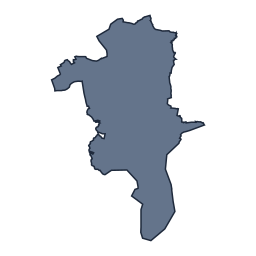 Rindal nor, Møre og Romsdal, Norway (Mercator projection)
{"feature_id": "86288312B78124054872734", "entity_name": "Rindal nor", "entity_type": "district", "adm_level": 2, "iso_a3": "NOR", "parent_name": "Norway", "parent_adm1": "Møre og Romsdal", "projection": "mercator", "projection_center": [9.312, 63.003], "detail": "fine", "context": "isolated", "style": "filled", "palette": "slate", "viewbox_px": 256, "rotation_deg": 0, "n_neighbors": 0, "source": "geoboundaries", "source_scale": "gbopen_adm2", "svg_char_len": 5449}
<svg xmlns="http://www.w3.org/2000/svg" viewBox="0 0 256 256"><path d="M150.0,15.4L144.9,16.9L144.5,16.9L142.6,18.2L142.3,19.0L142.2,19.1L141.1,19.4L140.7,19.8L140.2,19.9L139.3,20.5L138.6,20.7L138.1,21.0L137.6,21.0L137.4,21.6L137.5,21.8L137.2,22.1L135.6,23.1L135.5,23.3L135.5,23.6L135.3,23.8L133.9,24.3L131.9,23.5L128.7,22.7L128.2,22.8L123.1,21.8L123.3,20.1L122.2,18.4L117.5,19.2L110.7,24.2L109.0,29.2L96.8,36.4L99.1,40.9L106.5,50.1L107.1,53.8L107.0,56.5L101.3,58.7L101.2,58.4L98.2,60.5L97.3,60.7L96.6,61.1L92.4,60.6L86.5,58.3L85.7,56.7L84.7,56.6L79.1,56.6L77.6,56.5L76.2,56.2L74.8,56.8L76.0,59.2L74.2,59.8L73.5,59.7L73.6,60.1L73.3,60.7L73.4,60.9L73.4,61.2L73.4,61.9L74.4,62.5L74.6,62.8L71.4,64.4L70.7,63.4L70.2,62.9L69.5,61.6L68.1,60.7L67.3,59.7L65.2,60.3L64.5,61.0L64.3,62.0L63.8,62.6L60.4,64.7L60.9,65.6L61.2,66.0L57.8,67.5L60.4,74.0L59.9,74.7L58.6,75.5L57.6,75.9L54.7,78.3L51.6,79.8L54.7,88.5L54.9,90.9L56.9,90.6L61.4,90.6L62.7,90.3L64.9,90.1L67.3,88.9L69.3,87.2L69.8,85.6L69.9,84.9L71.2,83.6L72.9,82.5L74.5,81.7L78.1,81.2L81.6,81.4L82.1,81.2L84.0,93.2L84.9,97.2L85.4,99.0L86.0,102.3L87.0,105.7L87.1,106.3L88.5,106.2L88.6,106.8L89.1,107.4L89.5,108.4L88.4,108.7L88.1,109.0L87.4,110.3L87.1,111.1L86.9,112.0L86.9,112.4L87.3,113.5L87.2,114.3L88.0,114.7L88.6,114.6L88.8,114.8L88.9,115.0L89.1,115.1L91.6,117.0L92.8,118.7L93.8,120.5L93.8,120.9L94.0,121.1L97.8,120.3L99.8,120.9L99.6,121.7L99.5,121.9L97.9,121.2L95.4,121.8L95.8,122.3L97.5,122.0L97.9,122.1L98.3,122.3L99.0,122.1L99.3,122.3L99.3,122.6L99.9,123.0L99.4,123.2L99.1,123.5L99.1,124.3L98.7,124.5L98.9,125.0L98.5,125.4L98.6,125.7L98.5,126.0L98.2,126.2L98.2,126.3L97.9,126.8L96.7,127.1L96.2,127.5L95.8,128.5L95.8,128.8L96.0,129.6L96.5,130.3L97.6,131.4L97.9,131.9L97.8,132.3L99.2,132.4L102.5,133.8L105.1,133.8L104.1,138.6L102.5,138.3L101.9,138.1L101.9,137.9L101.8,137.7L101.1,137.0L101.0,136.7L100.8,136.4L100.4,136.1L99.9,136.0L99.1,135.3L98.8,134.5L98.4,134.0L98.1,133.8L97.9,134.1L97.3,134.7L96.9,135.5L96.5,136.0L96.0,136.3L95.6,137.1L95.1,137.7L93.7,138.1L93.5,138.5L93.5,138.9L93.5,139.5L93.4,139.8L93.5,140.0L93.3,140.2L92.5,140.6L92.0,141.1L91.5,141.4L90.5,141.7L90.4,142.2L90.2,142.6L90.4,143.5L90.0,143.7L90.0,144.0L89.9,144.3L89.3,144.7L88.7,145.5L88.7,145.8L89.5,146.8L89.6,147.0L89.6,147.5L89.9,148.0L89.9,148.4L89.4,148.9L89.0,149.7L89.0,150.6L89.3,151.2L92.8,152.3L93.7,152.8L92.8,154.1L91.3,153.2L89.6,152.6L89.7,152.9L90.2,153.5L90.4,153.9L90.4,154.2L90.0,154.5L90.0,154.8L90.4,155.4L91.0,155.8L91.2,156.5L91.9,157.9L92.2,158.7L92.1,159.0L91.6,159.1L91.3,159.5L91.2,159.7L91.3,160.1L91.0,160.6L91.1,161.5L91.3,162.0L91.4,162.5L91.6,163.3L91.6,163.8L91.6,164.3L91.5,164.8L91.6,165.0L92.2,165.6L92.7,165.7L94.2,166.5L94.4,167.1L94.3,167.4L94.5,167.6L94.5,168.2L94.8,168.7L94.9,169.0L95.7,169.3L97.9,169.3L98.1,169.4L99.1,170.4L99.6,170.5L100.0,170.3L101.3,172.2L102.7,173.9L104.3,174.6L105.1,174.6L111.4,170.3L126.9,170.0L137.0,181.0L138.1,187.1L138.0,188.4L135.0,189.4L131.6,196.0L142.7,204.2L141.0,209.6L141.0,227.1L140.8,232.4L142.6,238.2L150.9,240.6L164.8,228.9L174.9,211.5L173.1,201.3L171.6,189.1L171.8,189.0L171.4,186.7L171.1,184.6L165.4,169.2L166.8,154.7L178.9,143.3L179.3,141.7L180.1,140.7L180.7,139.8L181.0,139.4L180.6,138.6L179.6,138.3L179.9,137.6L181.1,135.9L180.5,134.8L181.8,133.2L183.7,132.1L185.9,131.6L189.9,130.4L204.4,125.0L203.8,124.3L203.6,123.4L203.1,122.7L202.9,122.7L202.7,123.0L202.4,123.0L201.4,122.2L201.2,122.3L200.5,121.8L199.6,121.9L197.7,121.7L197.2,121.5L196.3,121.8L195.5,121.5L195.6,122.0L195.8,122.3L191.5,122.2L186.3,122.9L186.4,122.5L186.0,121.9L184.8,122.1L183.7,122.7L183.3,122.6L183.1,122.1L181.8,122.1L181.6,121.7L181.8,120.5L181.7,118.4L181.1,117.8L180.5,117.6L180.0,115.7L179.7,115.7L179.9,116.6L177.0,115.5L178.3,108.8L178.0,108.7L177.2,108.6L176.3,108.8L175.3,108.4L171.1,108.0L171.2,107.9L171.1,107.5L170.9,106.1L168.5,105.0L167.3,103.7L167.7,100.6L167.6,98.9L171.3,97.6L171.1,96.7L171.2,95.1L170.9,93.7L171.2,90.9L171.1,89.6L170.8,88.6L170.9,87.2L170.9,86.5L170.7,85.9L170.6,85.4L170.0,83.6L169.7,82.8L169.6,81.3L169.2,77.7L169.1,76.6L169.4,76.6L169.9,75.0L170.1,72.9L171.1,73.1L171.4,70.3L172.1,67.3L174.2,64.5L173.7,62.5L173.5,60.4L174.0,60.3L175.1,59.2L175.9,59.2L174.4,57.9L173.9,57.4L173.6,56.8L174.4,54.6L175.2,53.4L175.3,52.8L174.9,52.6L174.8,52.4L173.7,52.7L173.4,51.7L172.6,49.9L172.5,48.3L172.2,46.1L172.3,45.4L172.3,44.4L172.1,43.9L171.5,43.4L171.6,43.0L171.3,42.8L171.4,42.6L171.1,42.4L171.4,42.3L171.2,42.2L171.4,42.0L171.2,41.9L171.3,41.6L171.7,41.7L171.9,41.4L171.8,41.1L172.1,41.2L172.8,40.8L172.8,40.5L173.2,40.6L173.4,40.4L173.3,40.2L173.6,40.2L173.8,40.0L174.2,39.5L174.3,39.3L174.5,39.0L174.3,39.0L174.3,38.9L174.6,38.8L174.8,38.5L174.7,38.6L174.6,38.4L175.5,38.3L175.7,38.1L175.6,37.9L175.9,37.7L176.1,37.2L176.5,37.0L176.4,36.9L176.5,36.6L176.1,36.6L176.3,36.5L176.1,36.4L176.1,36.1L175.8,35.7L176.1,35.5L175.9,35.3L176.4,35.1L176.4,34.9L176.1,34.8L176.1,34.6L176.1,34.4L176.0,34.0L176.3,33.7L176.1,33.7L175.9,33.4L176.0,33.3L176.0,33.2L176.3,33.1L176.2,32.7L176.1,32.9L173.6,32.5L173.5,32.3L172.0,32.3L170.2,32.0L169.0,30.8L162.4,31.0L160.3,30.3L155.5,29.4L154.2,28.3L153.0,26.2L152.8,25.9L152.7,25.7L152.6,25.3L152.7,25.1L152.8,24.8L151.9,23.6L151.3,22.0L150.9,21.6L151.0,21.4L150.9,21.3L150.9,21.1L150.8,20.8L150.3,20.5L150.8,20.0L150.7,19.7L150.8,19.4L150.8,18.9L151.0,18.5L150.9,18.3L150.9,18.0L150.7,17.7L150.2,16.9L150.3,16.8L150.1,15.8L150.0,15.4Z" fill="#64748b" stroke="#1e293b" stroke-width="1.5"/></svg>